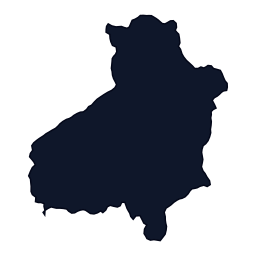 Conceição do Rio Verde, Minas Gerais, Brazil (Robinson projection)
{"feature_id": "56859067B49898268691236", "entity_name": "Conceição do Rio Verde", "entity_type": "district", "adm_level": 2, "iso_a3": "BRA", "parent_name": "Brazil", "parent_adm1": "Minas Gerais", "projection": "robinson", "projection_center": [-45.092, -21.892], "detail": "fine", "context": "isolated", "style": "filled", "palette": "ink", "viewbox_px": 256, "rotation_deg": 0, "n_neighbors": 0, "source": "geoboundaries", "source_scale": "gbopen_adm2", "svg_char_len": 2785}
<svg xmlns="http://www.w3.org/2000/svg" viewBox="0 0 256 256"><path d="M226.6,90.4L227.3,87.2L227.1,83.3L225.0,80.8L223.4,77.2L222.0,73.6L220.3,70.4L216.9,69.4L213.5,68.5L211.3,65.9L208.0,65.5L206.0,66.9L203.8,68.0L200.9,67.0L198.1,68.5L194.7,68.5L192.5,66.0L189.8,63.5L186.4,60.4L183.7,57.0L181.9,53.8L180.5,49.4L178.4,46.3L179.9,42.9L179.4,38.2L178.7,34.2L176.8,32.3L175.2,30.3L176.5,27.3L176.1,23.3L173.3,20.7L170.4,20.9L167.5,22.6L165.0,23.9L162.3,23.6L160.4,22.0L158.3,20.1L156.1,18.5L153.8,17.1L151.4,15.7L148.9,15.6L146.5,15.7L143.5,15.4L140.3,15.5L138.2,17.4L135.1,19.2L132.2,20.3L130.8,23.5L129.3,27.0L127.1,28.3L124.4,27.6L121.4,26.5L118.6,26.7L116.0,26.9L111.8,25.9L108.2,23.9L106.6,26.3L106.2,29.2L106.1,32.2L109.8,34.4L110.1,38.5L110.9,41.8L112.5,45.4L116.2,47.0L116.8,51.6L115.5,54.4L113.6,56.4L112.3,58.6L112.1,61.4L111.8,64.8L111.4,68.3L112.2,71.7L112.5,75.1L113.6,78.6L115.4,82.0L116.6,84.7L114.9,87.8L111.7,90.4L107.8,92.3L104.0,94.6L100.4,97.0L97.2,99.2L94.5,101.9L91.6,105.2L88.7,106.6L86.6,109.5L83.4,111.9L80.3,112.2L77.2,113.5L73.9,115.4L71.7,117.2L69.4,118.5L66.5,119.4L62.9,121.5L60.0,123.8L58.2,125.9L55.6,128.3L51.9,130.3L49.0,132.1L46.0,133.8L43.8,135.6L41.8,136.9L39.3,138.5L36.7,140.4L33.7,142.9L31.8,145.7L32.7,150.3L30.4,153.4L29.6,156.8L32.1,159.7L33.9,162.0L35.3,164.9L32.4,167.5L30.4,171.6L28.7,175.9L30.5,179.1L30.8,182.5L31.2,186.3L31.1,191.5L32.4,194.6L35.9,197.2L35.5,201.7L38.2,202.5L40.9,202.5L44.2,203.6L44.0,206.4L45.0,210.4L48.0,208.4L51.1,206.9L54.0,207.6L56.2,208.1L59.6,208.1L63.2,208.4L66.7,209.0L68.7,211.2L71.7,213.1L74.7,212.8L77.4,211.2L80.3,210.1L83.1,209.6L85.4,210.1L87.5,211.5L90.4,213.5L94.0,213.9L97.5,212.8L100.7,210.9L102.8,212.6L105.7,210.1L107.3,206.8L110.2,205.3L113.5,206.2L117.4,207.0L120.2,205.7L121.6,202.4L124.8,202.2L126.1,205.7L127.0,208.3L128.3,210.7L129.8,213.2L130.8,216.5L133.2,219.3L135.9,215.9L140.0,215.6L142.2,219.8L143.8,223.1L146.8,224.9L144.5,229.1L144.1,233.6L145.7,236.1L147.0,238.6L150.4,240.1L153.9,239.6L157.3,240.1L160.2,240.6L162.7,237.4L165.1,234.2L166.1,230.1L166.5,226.4L165.7,223.1L165.3,220.3L165.2,216.6L164.2,212.2L166.1,208.1L168.6,206.5L170.9,204.9L173.9,202.2L177.2,200.0L179.6,198.8L182.0,198.3L185.1,196.8L188.0,193.9L190.0,190.8L192.0,188.8L194.5,188.4L197.1,187.8L199.9,186.3L203.8,185.2L207.2,186.5L210.2,184.6L209.5,180.7L206.9,177.0L205.0,173.5L203.0,171.0L201.4,166.8L202.3,162.5L202.8,159.5L202.3,156.5L201.6,152.4L202.0,149.3L203.1,145.7L205.7,143.7L208.0,140.7L209.6,136.8L210.7,132.8L210.4,129.4L211.0,125.5L211.3,121.6L210.7,117.9L211.3,114.6L211.1,111.6L213.2,109.5L216.0,108.1L214.5,104.7L212.2,100.3L214.3,97.7L217.2,96.1L219.5,94.2L221.5,92.2L223.5,90.9L226.6,90.4ZM45.0,210.4L43.1,212.4L44.7,214.8L45.0,210.4Z" fill="#0f172a" stroke="#020617" stroke-width="1.5"/></svg>